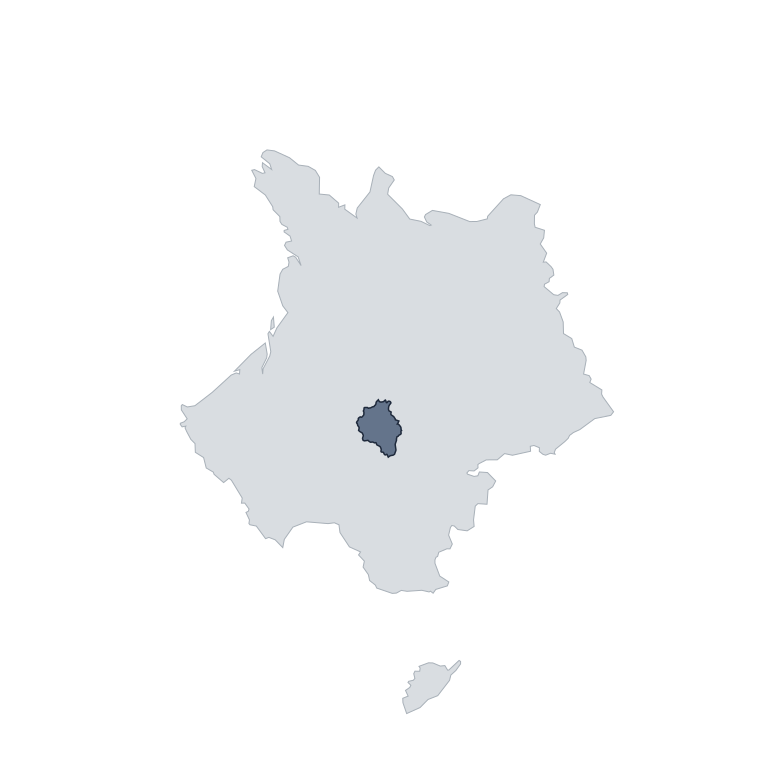 Puy-de-Dôme highlighted on a map of France, rotated 40°
{"feature_id": "FRA-5335", "entity_name": "Puy-de-Dôme", "entity_type": "Metropolitan department", "adm_level": 1, "iso_a3": "FRA", "parent_name": "France", "parent_adm1": "", "projection": "mercator", "projection_center": [3.052, 45.776], "detail": "fine", "context": "in_parent", "style": "filled", "palette": "slate", "viewbox_px": 768, "rotation_deg": 40, "n_neighbors": 0, "source": "natural_earth", "source_scale": "10m", "svg_char_len": 6234}
<svg xmlns="http://www.w3.org/2000/svg" viewBox="0 0 768 768"><g transform="rotate(40 384 384)"><path d="M560.2,327.8L556.1,330.0L553.6,334.6L551.0,335.7L546.3,335.8L544.0,332.9L538.4,334.7L536.1,337.7L539.5,341.3L528.2,356.0L521.1,359.8L519.5,369.3L511.1,376.4L508.0,383.9L507.7,385.4L509.9,387.8L508.9,392.7L504.7,395.8L504.7,398.9L505.9,399.4L512.4,396.9L514.9,394.0L513.6,390.1L520.2,385.3L531.9,386.5L533.3,392.9L531.8,398.3L540.2,409.9L532.8,415.3L532.4,418.9L539.9,430.5L544.6,435.2L542.1,443.0L534.1,448.0L529.1,447.6L526.9,448.8L527.1,451.2L530.6,458.2L539.2,462.7L540.5,467.9L538.1,469.8L534.1,477.7L535.9,481.6L535.2,483.3L536.1,486.0L538.3,488.6L550.2,495.3L560.9,494.0L562.3,497.9L555.7,508.1L556.1,512.7L552.8,512.8L552.2,514.3L545.6,517.7L534.9,528.0L529.9,531.0L527.9,536.2L524.9,539.1L509.6,545.0L506.7,543.6L499.3,543.8L494.6,540.1L485.7,537.7L482.8,532.3L474.4,531.3L474.0,527.7L462.2,531.0L445.8,526.1L440.0,520.8L435.2,522.2L430.9,526.9L413.2,539.4L406.2,552.2L407.5,567.1L411.6,574.4L400.8,573.3L394.4,575.5L392.7,578.6L377.5,574.9L371.8,578.0L370.2,577.7L368.3,574.6L360.8,571.1L361.9,568.7L360.9,566.5L353.9,564.7L351.4,566.9L348.7,562.5L329.0,555.8L325.8,555.9L324.5,562.6L311.8,562.4L310.0,561.2L301.8,562.6L293.1,556.3L283.4,557.6L277.5,551.1L271.7,550.6L263.5,547.3L259.8,545.5L259.3,543.6L256.9,546.6L253.9,545.9L253.2,545.0L255.2,541.4L255.6,537.2L245.4,534.1L242.7,531.0L242.7,529.4L248.1,528.0L253.1,522.2L257.8,500.8L261.2,475.4L263.7,470.5L266.9,469.2L264.3,465.7L261.2,470.3L263.1,446.7L266.7,428.9L275.3,436.2L277.3,439.4L279.9,450.0L284.7,454.4L281.6,450.1L278.5,436.0L276.5,432.0L262.8,420.1L262.4,417.4L268.4,418.8L265.9,409.9L264.5,391.1L256.2,389.2L242.9,381.2L233.7,366.6L232.7,361.2L235.1,355.4L232.9,351.7L229.1,349.2L232.0,344.2L234.8,343.7L244.4,346.6L236.5,341.8L223.8,343.4L218.7,341.8L217.8,338.3L221.3,333.9L217.0,331.1L209.7,331.7L208.8,330.5L211.0,327.3L209.1,326.1L203.2,327.4L199.8,326.3L196.6,322.7L187.0,321.8L184.8,319.7L171.6,315.5L157.7,316.2L153.8,308.9L145.3,305.3L147.0,303.0L155.5,300.8L157.1,298.7L150.9,295.7L148.7,292.6L160.1,291.9L154.9,288.7L143.9,288.9L142.5,284.5L143.9,279.9L150.3,275.8L166.2,271.4L177.8,271.2L186.0,266.0L194.1,264.5L201.8,267.1L212.3,280.1L220.6,274.4L233.0,274.6L235.6,277.8L238.9,271.9L241.6,275.3L256.7,274.2L253.2,271.9L250.4,266.4L249.8,245.9L242.0,231.0L240.1,225.6L240.5,221.0L249.6,221.8L257.1,219.7L260.7,221.1L261.6,230.8L264.8,236.3L285.6,238.1L297.7,241.1L307.8,235.6L317.3,233.2L318.0,231.9L312.6,232.4L307.6,230.1L306.9,227.5L309.5,219.9L324.0,211.6L345.2,204.5L350.7,199.8L357.0,191.1L355.6,188.9L356.5,165.3L359.6,157.5L367.7,151.8L388.4,146.1L391.0,153.7L390.8,158.0L396.3,164.7L399.0,166.8L408.1,163.1L412.4,169.4L413.7,176.3L424.5,179.2L427.7,188.3L429.7,186.3L436.5,186.7L439.7,187.5L444.1,191.4L442.8,196.8L444.7,199.5L442.8,204.4L444.1,206.5L456.6,206.5L460.3,204.3L462.0,199.3L465.8,196.3L467.2,197.3L464.9,206.5L466.6,208.9L467.5,215.5L472.2,216.0L481.4,221.3L489.1,230.0L498.6,228.5L506.1,233.4L513.9,230.8L521.2,233.5L523.7,236.0L530.5,248.1L535.8,245.7L539.5,247.1L540.7,250.6L554.7,248.5L557.2,251.9L560.1,253.2L577.7,257.7L577.9,262.2L567.7,275.0L563.3,293.1L560.3,299.4L559.2,304.1L560.0,307.2L559.5,312.1L557.3,323.7L558.5,327.1L560.2,327.8ZM623.2,557.3L622.3,564.0L624.7,568.9L625.5,588.2L620.5,597.4L619.6,608.6L613.2,621.9L603.4,616.0L600.4,612.7L603.1,607.6L597.4,604.9L598.8,599.9L598.2,597.5L594.2,597.2L594.0,595.9L596.9,592.1L596.9,589.7L593.0,586.8L592.3,584.1L596.0,581.1L594.3,578.4L592.3,577.8L597.3,569.0L600.7,566.3L608.4,563.9L611.6,560.6L616.7,562.3L617.5,561.5L619.2,547.5L621.0,547.3L622.6,549.2L623.2,557.3ZM263.4,411.0L262.2,415.2L257.0,407.9L256.3,403.8L263.4,411.0Z" fill="#d9dde1" stroke="#a8b0b8" stroke-width="1"/><path d="M400.1,393.5L400.7,393.6L401.4,394.0L401.6,394.6L401.6,396.2L401.9,397.8L402.8,399.4L403.9,400.7L405.0,401.3L405.6,401.3L407.0,400.9L407.5,400.9L408.4,402.4L408.8,402.8L409.4,403.0L412.3,402.7L415.0,403.5L415.7,404.1L419.2,402.8L419.9,405.3L419.9,406.1L420.9,405.6L422.0,405.6L424.2,406.1L425.0,406.5L426.5,408.0L427.4,408.4L427.2,408.8L427.3,409.1L427.5,409.5L427.7,409.8L428.6,410.5L428.8,410.8L429.0,411.1L429.1,411.5L429.0,412.0L428.9,412.4L428.5,413.2L428.4,413.4L428.4,413.6L428.4,413.8L428.4,414.1L428.4,414.5L428.4,414.8L428.4,415.1L427.9,415.9L427.9,416.2L428.0,416.5L428.5,417.3L428.9,418.3L429.1,418.4L429.3,418.5L429.5,418.7L429.8,419.2L430.8,421.8L431.2,422.7L431.6,423.3L435.5,426.8L435.7,427.1L435.9,427.4L436.8,430.0L437.1,430.6L437.2,430.9L437.1,431.3L436.9,432.2L436.6,432.8L436.2,433.3L435.6,434.0L435.1,434.6L434.7,435.5L434.3,437.3L431.6,436.0L431.1,436.3L430.8,437.3L430.1,437.7L429.3,437.6L427.7,436.8L427.3,436.8L426.9,437.0L425.9,437.7L425.5,437.8L424.9,437.5L424.6,437.0L424.0,436.0L423.6,435.6L421.5,434.5L420.7,434.5L417.8,435.2L417.3,435.1L416.0,434.2L415.4,434.2L414.7,435.1L414.2,435.3L412.9,435.6L412.4,435.9L411.2,437.2L410.1,437.5L407.9,437.5L405.6,440.1L404.3,440.6L402.7,439.7L402.2,438.9L401.6,437.3L401.1,436.6L398.8,435.5L395.9,436.0L394.4,435.9L393.2,433.6L392.4,433.1L390.6,432.7L388.8,431.4L388.2,431.5L387.7,431.1L387.6,430.9L387.5,430.4L387.4,429.8L387.5,428.9L387.4,428.3L387.2,427.8L386.6,427.2L386.5,426.8L386.4,426.4L386.8,424.8L386.9,424.5L387.2,424.3L387.9,424.1L388.1,423.9L388.2,423.7L388.3,423.5L388.3,423.3L388.4,422.8L388.4,421.9L388.4,421.2L388.4,420.9L388.1,420.2L387.2,419.1L387.0,418.8L386.8,418.6L386.6,418.4L386.2,418.2L385.7,418.1L385.5,417.9L385.4,417.6L385.3,416.9L385.1,416.6L385.0,416.3L384.2,415.3L384.1,414.9L384.2,414.6L384.6,414.1L385.3,413.7L385.6,413.4L386.0,412.9L386.4,412.7L386.7,412.6L387.3,412.7L387.5,412.7L387.8,412.5L388.2,411.8L388.5,411.5L388.7,411.3L389.0,411.0L389.2,410.5L389.5,409.8L389.7,409.3L389.9,408.9L390.1,408.6L390.6,408.0L390.8,407.7L390.7,407.0L390.7,406.5L390.7,406.3L390.9,405.8L390.9,405.5L390.8,405.0L390.5,404.3L389.9,403.3L389.7,402.9L389.6,402.3L389.6,401.9L389.8,399.7L390.7,400.1L391.7,400.4L392.7,400.2L393.6,399.5L394.8,398.1L395.0,397.5L395.1,397.0L395.1,396.4L395.2,395.8L395.4,395.4L395.8,395.5L397.7,396.7L398.2,396.5L398.3,395.9L398.3,395.1L398.3,394.5L398.8,394.0L399.5,393.6L400.1,393.5Z" fill="#64748b" stroke="#1e293b" stroke-width="1.5"/></g></svg>